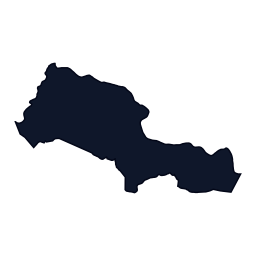 outline of Moreau, Micoud, Saint Lucia
{"feature_id": "8701671B80425002261515", "entity_name": "Moreau", "entity_type": "district", "adm_level": 2, "iso_a3": "LCA", "parent_name": "Saint Lucia", "parent_adm1": "Micoud", "projection": "mercator", "projection_center": [-60.943, 13.828], "detail": "fine", "context": "isolated", "style": "filled", "palette": "ink", "viewbox_px": 256, "rotation_deg": 0, "n_neighbors": 0, "source": "geoboundaries", "source_scale": "gbopen_adm2", "svg_char_len": 5689}
<svg xmlns="http://www.w3.org/2000/svg" viewBox="0 0 256 256"><path d="M33.7,147.5L35.1,145.9L36.3,144.6L38.1,142.4L39.9,141.5L41.0,141.7L41.9,142.1L44.1,142.8L45.3,141.0L46.5,141.9L47.6,141.7L52.6,140.8L53.9,139.4L55.3,138.6L57.4,138.4L59.3,138.4L91.8,152.8L93.3,154.5L94.5,155.2L95.0,155.3L96.3,156.0L98.3,156.8L99.0,157.4L100.0,158.3L101.3,159.0L102.2,159.2L103.0,159.1L104.0,158.4L105.9,157.4L106.6,157.2L106.9,157.9L107.2,158.8L108.3,159.1L109.6,159.6L110.4,159.8L111.2,160.2L112.1,160.3L113.0,160.1L113.9,159.7L114.5,159.2L115.0,159.0L115.0,160.0L115.3,160.6L115.3,161.4L115.7,162.6L115.7,164.2L116.5,166.7L116.5,167.1L117.0,167.7L117.7,168.1L119.0,169.9L120.3,170.8L125.3,177.1L125.2,189.7L126.0,190.6L126.2,190.8L126.5,191.0L129.9,191.7L130.5,191.7L131.0,191.7L131.3,191.8L132.2,192.0L133.2,192.2L134.0,192.5L134.3,192.6L134.8,192.5L135.8,192.0L136.7,191.1L137.0,190.9L137.1,190.5L137.2,190.1L137.2,189.5L136.9,187.3L136.9,186.7L136.9,186.3L137.1,185.7L137.3,185.4L137.5,185.0L138.3,184.4L138.6,184.3L140.3,183.8L141.1,183.5L142.0,183.1L142.8,182.3L143.5,181.4L144.0,180.8L144.5,180.4L145.4,179.8L146.4,179.5L148.0,178.8L150.0,177.8L150.5,177.7L152.2,177.5L153.4,177.3L154.8,177.2L155.9,176.9L156.2,176.8L156.5,176.6L156.8,176.4L158.1,174.9L158.8,174.4L159.1,174.4L159.3,174.5L160.6,175.2L161.1,175.4L162.0,175.4L164.3,175.1L165.1,174.9L165.7,174.7L166.4,174.4L167.4,173.8L168.3,173.6L168.6,173.5L169.6,172.8L169.9,172.8L170.3,173.1L171.7,174.6L172.2,175.0L172.8,175.2L173.7,175.2L174.0,175.1L174.3,175.0L174.5,174.8L174.6,175.3L175.1,176.1L175.5,176.7L176.3,177.6L176.4,178.3L176.6,178.7L176.7,178.9L177.9,179.8L178.1,180.0L178.3,180.5L178.4,180.9L178.4,181.5L178.2,183.4L178.0,184.9L177.8,186.2L178.6,186.5L179.8,187.5L181.0,188.1L182.1,188.3L184.2,188.6L185.2,188.8L186.0,189.0L186.5,189.3L187.3,189.9L187.7,190.0L188.3,190.0L188.5,190.4L189.1,191.1L189.9,191.6L190.5,191.8L191.1,192.0L192.0,192.1L193.2,192.2L193.7,192.1L194.2,192.2L195.4,192.4L196.8,192.4L197.3,192.4L198.3,192.2L205.9,191.8L209.8,190.8L213.3,189.3L220.3,190.8L231.0,192.1L240.6,174.0L239.8,174.0L238.6,174.1L236.7,173.6L235.4,173.1L234.2,172.1L234.0,171.8L233.8,171.2L233.6,170.5L233.3,168.9L233.0,166.2L232.9,163.4L232.6,161.6L232.4,160.6L232.5,159.8L232.4,158.7L232.1,157.2L231.9,156.3L231.6,155.3L231.1,154.0L230.4,152.7L229.6,151.2L229.3,150.8L228.4,149.5L227.8,148.9L227.2,148.5L226.7,148.2L226.3,148.1L225.8,148.2L225.4,148.4L224.5,149.2L223.4,149.3L221.2,149.4L220.7,149.5L220.1,149.8L218.7,150.5L217.8,151.1L216.9,151.8L216.0,152.6L215.2,153.1L214.0,154.2L212.5,155.3L211.5,155.6L210.6,155.6L210.1,155.4L209.1,155.0L207.6,154.1L207.0,153.7L205.8,152.8L205.2,152.2L204.0,150.5L203.2,149.4L202.7,148.9L201.3,147.7L200.5,147.3L199.0,147.0L196.8,147.2L195.2,147.3L194.7,147.2L194.0,147.0L193.1,146.5L192.5,146.0L192.2,145.6L191.2,144.4L190.8,144.0L190.2,143.6L189.8,143.4L189.2,143.2L188.3,143.1L185.9,143.2L182.7,143.8L180.0,144.8L179.1,144.9L176.1,144.9L174.8,145.0L173.8,145.1L172.6,144.9L169.6,144.4L168.4,144.3L166.7,144.4L165.8,144.4L164.6,144.2L163.5,143.7L160.1,142.3L159.0,141.7L157.5,141.1L156.4,140.7L155.3,140.6L152.6,140.3L151.8,140.1L148.2,139.0L147.4,138.6L146.5,138.0L145.8,137.4L143.3,133.3L142.8,132.5L142.1,130.4L141.0,126.9L140.3,124.5L140.2,123.6L140.2,122.8L140.2,122.2L140.5,121.5L140.8,120.9L141.4,120.0L142.2,119.4L146.0,117.3L146.5,116.9L146.9,116.5L147.2,116.1L147.8,114.9L148.4,113.3L148.7,112.5L148.8,111.8L148.7,111.4L148.5,110.8L148.2,110.1L146.8,108.7L145.8,107.8L144.4,106.7L142.6,105.6L142.0,105.3L141.6,105.3L140.4,105.3L139.9,105.2L139.7,105.0L139.3,104.8L138.0,103.4L135.5,101.9L135.0,101.6L134.5,101.1L133.9,100.1L133.2,97.8L132.5,96.1L132.1,95.3L131.3,93.8L130.7,93.0L130.1,92.5L128.6,91.2L127.5,90.4L126.3,89.2L125.6,88.4L125.1,87.9L124.5,87.5L123.8,87.2L122.6,86.8L121.4,86.8L120.4,86.6L119.5,86.4L118.6,86.3L117.1,85.7L114.5,85.0L114.4,84.9L112.5,84.5L109.9,83.7L106.2,82.9L104.3,82.3L103.3,82.3L101.9,82.6L100.8,82.3L99.0,81.4L96.0,79.7L93.5,78.2L93.0,77.7L92.7,77.4L92.5,77.5L92.1,77.1L92.0,76.9L91.8,76.9L91.5,76.6L90.6,76.0L89.9,75.5L89.5,75.3L88.6,75.3L86.9,75.6L86.6,75.7L85.4,76.2L84.0,76.6L82.8,77.0L81.9,77.2L81.2,77.2L80.6,77.1L79.7,76.8L79.3,76.7L79.1,76.6L78.7,76.5L78.3,76.2L76.8,75.1L75.8,74.3L73.8,72.3L72.0,70.8L71.5,70.3L70.4,69.3L69.6,68.8L67.8,67.9L66.9,67.8L65.5,67.8L65.2,67.8L64.5,67.8L61.6,67.8L61.1,67.9L59.6,68.1L58.0,68.3L57.7,68.3L57.4,68.2L57.1,68.1L56.7,67.9L56.5,67.6L55.2,65.7L55.1,65.4L55.0,63.5L54.3,63.4L51.4,64.2L48.8,66.1L48.8,66.6L48.6,67.0L48.5,67.3L47.5,68.4L46.9,69.8L46.7,70.4L46.6,71.0L46.5,71.4L45.4,72.5L45.2,73.1L45.2,73.5L45.3,73.9L46.1,74.9L46.3,75.2L46.6,75.5L46.8,75.9L46.8,77.1L46.4,78.3L45.9,79.2L45.7,79.7L45.4,80.0L45.0,80.4L44.2,80.8L43.9,81.0L43.6,81.1L43.1,81.3L42.5,81.7L42.3,81.8L42.2,82.0L41.7,83.0L41.0,85.1L40.9,85.4L40.3,85.9L39.9,86.1L39.7,86.2L38.1,86.8L37.8,87.3L37.6,88.0L37.6,88.3L37.9,89.3L38.2,90.7L38.2,91.3L38.1,91.8L37.9,92.5L37.5,93.4L37.3,93.7L37.1,94.2L37.1,95.6L37.0,96.1L36.6,97.2L36.4,97.7L36.4,97.8L35.8,98.3L35.0,98.9L33.3,99.5L32.2,100.1L31.0,100.6L30.6,100.9L30.1,101.2L30.0,101.3L29.8,101.8L29.8,102.1L29.7,102.3L29.7,102.6L29.9,102.8L30.6,103.2L30.8,103.3L31.0,103.4L31.2,103.5L31.7,103.9L31.7,104.4L31.4,105.1L31.3,105.3L31.2,105.6L30.9,105.8L30.8,106.0L30.2,106.2L29.0,107.1L28.7,107.3L27.1,108.7L26.4,109.3L25.2,110.8L24.6,111.6L24.3,112.1L24.0,113.0L23.9,113.7L24.0,115.2L24.6,117.5L24.7,118.1L24.7,119.0L24.7,119.3L24.2,120.1L23.5,121.0L22.8,121.7L22.1,122.2L21.4,122.6L19.8,123.2L19.3,123.2L18.2,123.2L17.7,123.1L16.6,122.7L16.0,122.3L15.8,122.2L15.5,122.0L15.5,121.8L15.4,121.8L20.2,134.0L25.0,137.3L33.7,147.5Z" fill="#0f172a" stroke="#020617" stroke-width="1.5"/></svg>